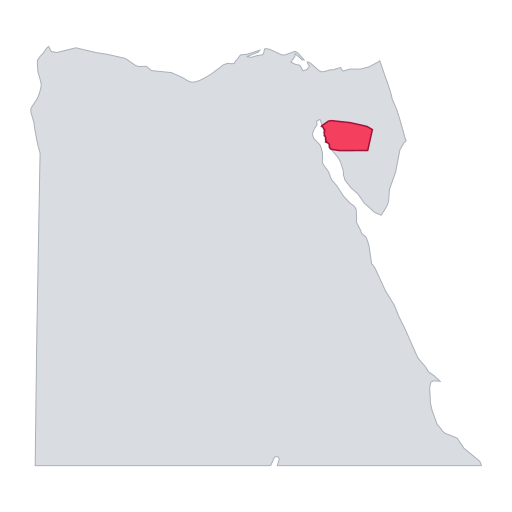 Ras Sidr, Janub Sina', Egypt shown in context
{"feature_id": "37247803B11741715008069", "entity_name": "Ras Sidr", "entity_type": "district", "adm_level": 2, "iso_a3": "EGY", "parent_name": "Egypt", "parent_adm1": "Janub Sina'", "projection": "robinson", "projection_center": [32.786, 29.599], "detail": "fine", "context": "in_parent", "style": "filled", "palette": "rose", "viewbox_px": 512, "rotation_deg": 0, "n_neighbors": 0, "source": "geoboundaries", "source_scale": "gbopen_adm2", "svg_char_len": 4386}
<svg xmlns="http://www.w3.org/2000/svg" viewBox="0 0 512 512"><path d="M481.3,465.6L469.0,465.6L456.7,465.6L444.3,465.6L432.0,465.6L419.7,465.6L407.4,465.6L395.1,465.6L382.8,465.6L370.5,465.6L358.2,465.6L345.9,465.6L333.6,465.6L321.3,465.6L308.9,465.6L296.6,465.6L284.3,465.6L277.3,465.6L278.5,461.7L279.3,459.0L278.4,457.1L276.0,456.6L274.5,457.2L270.8,465.3L268.8,465.6L264.5,465.6L250.1,465.6L235.8,465.6L221.5,465.6L207.1,465.6L192.8,465.6L178.5,465.6L164.2,465.6L149.8,465.6L135.5,465.6L121.2,465.6L106.8,465.6L92.5,465.6L78.2,465.6L63.8,465.6L49.5,465.6L35.2,465.6L35.3,455.9L35.4,446.1L35.5,436.4L35.7,426.6L35.8,416.9L35.9,407.1L36.0,397.4L36.1,387.6L36.3,377.9L36.4,368.1L36.5,358.4L36.6,348.6L36.8,338.9L36.9,329.1L37.1,319.4L37.3,309.6L37.4,299.9L37.6,290.2L37.8,280.4L38.0,270.7L38.1,260.9L38.3,251.2L38.5,241.4L38.7,231.7L38.8,221.9L39.0,212.2L39.2,202.4L39.4,192.7L39.5,182.9L39.7,173.2L39.9,163.4L40.1,153.7L39.8,151.9L37.9,145.3L36.2,136.8L34.3,126.5L34.1,123.1L31.0,112.5L30.7,109.5L31.6,107.3L37.4,98.3L39.2,94.0L40.7,88.7L41.3,84.5L39.8,78.0L38.0,72.1L37.5,66.1L37.4,60.3L40.3,56.2L43.8,52.5L45.1,50.2L47.2,47.6L48.6,46.4L51.3,51.6L57.0,52.5L75.8,47.8L96.3,52.6L107.7,54.4L125.2,58.4L135.8,65.6L138.7,66.5L146.4,66.3L151.4,70.6L171.4,72.6L182.0,77.3L188.1,81.0L191.7,82.2L194.9,82.0L199.3,80.6L204.8,77.9L210.9,74.3L223.3,64.9L227.7,63.3L230.6,63.7L234.1,63.6L235.6,61.0L237.4,59.3L238.6,57.3L240.5,54.9L246.9,54.3L259.8,50.2L258.4,52.1L246.6,56.7L251.6,57.3L256.8,55.7L262.7,54.7L263.8,52.8L264.5,49.1L265.7,48.6L269.7,49.3L281.8,54.9L284.8,55.0L293.4,51.9L295.2,51.3L297.9,53.0L304.2,60.0L302.0,59.8L295.3,53.8L294.7,56.8L290.8,62.1L295.6,64.4L299.5,65.2L301.6,68.1L302.9,70.8L306.8,69.6L309.5,66.1L308.1,64.1L307.1,62.0L308.4,62.0L311.1,63.7L318.7,70.4L321.3,71.8L324.3,71.6L330.5,69.7L332.2,70.0L340.6,67.5L341.6,69.3L343.0,71.1L349.7,69.1L360.3,69.1L368.9,66.9L378.9,61.6L379.7,60.8L380.3,62.1L381.5,65.7L384.6,75.0L387.3,82.3L390.6,92.3L391.6,96.2L392.1,98.8L396.9,109.9L399.7,119.0L401.8,126.3L404.8,137.1L406.1,140.9L404.0,142.8L399.9,149.8L395.6,172.1L389.4,189.5L388.7,200.4L387.7,204.3L384.7,209.8L381.1,215.2L374.6,212.4L364.1,202.9L357.9,193.9L351.3,188.1L345.1,180.4L343.4,174.8L343.4,171.2L340.7,162.5L338.7,158.4L331.1,149.2L329.0,144.2L327.3,142.1L325.6,138.9L322.9,126.9L319.9,119.3L316.5,121.4L317.1,124.6L314.1,129.1L312.3,134.2L313.7,138.4L319.9,144.8L321.1,147.6L322.6,153.7L322.3,161.9L323.3,164.7L328.0,170.9L329.6,174.5L330.6,177.6L332.2,180.5L336.8,185.8L343.4,196.0L349.7,202.8L354.2,206.1L356.2,209.4L356.6,218.0L356.3,222.0L360.3,229.7L361.8,233.6L365.7,236.8L367.4,240.4L369.1,246.3L371.6,263.6L374.9,267.9L385.4,290.7L394.3,305.2L398.6,316.0L405.1,329.1L417.9,358.0L425.5,366.9L428.6,371.9L434.1,375.7L440.1,381.3L434.4,380.8L433.0,381.1L431.0,382.1L430.0,385.4L429.7,388.2L430.4,402.8L432.0,410.2L437.1,424.3L440.8,428.6L442.6,431.3L445.2,433.3L457.1,438.1L464.0,448.3L479.7,461.2L481.2,464.7L481.3,465.6Z" fill="#d9dde1" stroke="#a8b0b8" stroke-width="1"/><path d="M367.7,150.5L372.4,129.6L367.1,126.5L359.6,124.7L350.0,122.6L331.4,120.6L330.5,120.7L328.2,121.2L324.2,124.1L322.7,125.1L322.0,125.5L321.9,125.8L321.5,126.4L322.0,126.6L322.5,126.6L322.9,127.1L323.3,127.7L323.5,128.2L323.7,128.6L323.9,128.6L324.2,128.9L324.3,129.3L324.6,129.8L324.7,130.1L324.7,130.4L324.7,130.9L324.5,131.2L324.4,131.5L324.5,131.9L324.4,132.2L324.3,132.4L324.2,132.7L324.1,132.8L324.2,133.3L324.4,134.0L324.5,134.7L324.5,135.0L324.3,135.2L324.2,135.5L324.3,135.8L324.6,135.9L324.8,136.0L325.1,136.1L325.3,136.5L325.4,137.0L325.5,137.1L325.6,137.3L325.7,137.6L325.8,137.7L325.8,137.8L325.7,138.0L325.7,138.7L325.6,138.8L325.7,139.0L325.6,139.4L325.5,139.5L325.8,140.0L326.1,140.5L325.9,140.8L325.7,141.3L325.5,141.7L325.5,141.9L325.7,142.0L325.8,142.0L325.9,141.9L326.0,141.8L325.9,141.6L325.9,141.4L326.0,141.2L326.2,140.9L326.3,140.9L326.4,141.0L326.6,141.3L326.6,141.5L326.8,142.0L326.7,142.0L326.4,142.1L326.5,142.3L327.0,142.5L327.6,142.8L327.9,143.0L328.1,143.1L328.3,143.3L328.5,143.6L328.9,143.8L329.1,143.9L329.3,144.2L329.5,144.8L329.5,145.0L329.4,145.2L329.3,145.3L329.3,145.6L329.2,145.8L329.2,146.0L329.4,146.4L329.5,146.5L329.6,146.8L329.6,147.1L329.4,147.4L329.6,147.7L329.8,148.0L330.0,148.1L330.4,148.5L330.6,148.6L330.9,148.9L331.1,149.2L331.1,149.3L339.6,150.6L367.7,150.5Z" fill="#f43f5e" stroke="#9f1239" stroke-width="1.5"/></svg>